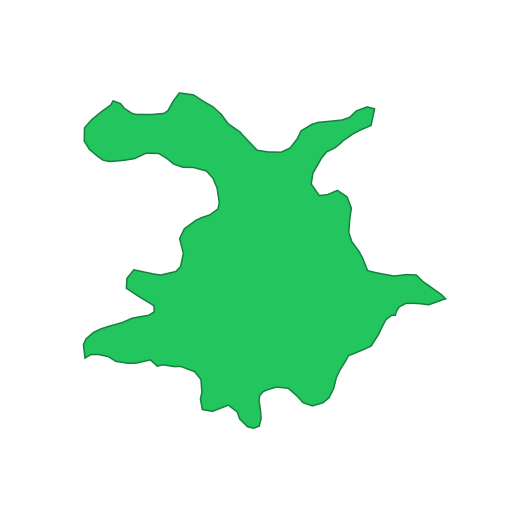 outline of Agdam District, Ağdam, Azerbaijan, rotated 192°
{"feature_id": "54616110B71765796178707", "entity_name": "Agdam District", "entity_type": "district", "adm_level": 2, "iso_a3": "AZE", "parent_name": "Azerbaijan", "parent_adm1": "Ağdam", "projection": "natural_earth1", "projection_center": [47.033, 40.029], "detail": "fine", "context": "isolated", "style": "filled", "palette": "green", "viewbox_px": 512, "rotation_deg": 192, "n_neighbors": 0, "source": "geoboundaries", "source_scale": "gbopen_adm2", "svg_char_len": 2240}
<svg xmlns="http://www.w3.org/2000/svg" viewBox="0 0 512 512"><g transform="rotate(192 256 256)"><path d="M330.0,127.7L323.9,130.3L313.2,130.8L306.6,132.3L292.0,130.1L284.2,123.8L280.6,111.5L280.6,104.5L276.6,94.7L266.2,95.0L259.4,99.5L252.1,104.3L242.0,99.7L238.1,93.2L228.7,87.2L222.7,87.0L217.5,90.2L217.2,98.0L219.3,105.3L223.2,116.0L223.2,120.5L220.8,124.8L217.4,127.3L208.6,132.1L196.9,133.3L186.9,127.7L179.4,122.3L169.7,121.1L160.0,126.3L155.1,132.5L152.5,142.5L152.1,154.2L150.1,162.2L146.9,170.9L144.8,177.8L140.3,180.7L131.2,187.0L124.7,191.8L120.0,204.3L117.9,212.8L115.7,220.7L111.0,226.2L107.4,227.0L107.3,230.7L105.3,236.0L99.6,240.8L92.3,242.4L86.3,243.4L76.9,244.2L64.2,252.1L61.6,253.5L66.3,256.6L79.6,262.4L87.2,265.6L95.3,270.7L104.6,269.2L116.9,265.1L134.7,264.6L143.8,264.9L151.1,275.9L156.3,282.0L165.2,289.8L170.1,298.3L172.0,311.7L172.0,312.5L172.7,322.7L179.3,332.8L190.0,337.1L198.9,330.8L206.7,328.3L216.9,337.8L217.6,348.7L212.2,365.5L208.5,372.6L201.4,378.1L196.7,383.9L194.9,386.7L193.6,388.1L186.3,395.8L179.2,401.6L170.6,407.6L170.6,415.2L170.6,424.5L171.5,424.6L178.2,425.0L188.1,418.7L193.1,411.2L200.1,406.9L213.5,402.6L223.1,399.6L228.9,396.3L238.0,387.7L239.8,379.7L245.1,368.8L252.9,362.8L265.7,360.3L276.9,359.7L293.9,371.3L297.3,373.9L310.9,379.7L319.2,387.2L329.2,393.0L340.1,396.5L350.6,400.6L364.9,399.6L369.4,389.7L372.3,379.9L375.6,376.4L387.1,372.8L402.5,369.6L406.5,369.6L415.1,372.8L420.3,376.9L428.0,378.1L429.5,373.5L437.7,364.4L444.7,355.7L446.9,351.9L450.4,345.7L447.9,332.7L441.2,325.7L431.9,320.7L425.7,318.0L418.5,318.0L404.3,322.4L395.1,326.0L384.9,333.7L372.4,336.1L363.0,332.7L355.7,328.8L346.0,327.6L335.3,329.6L322.1,328.8L314.2,323.1L308.2,314.4L303.0,300.5L303.0,294.1L309.7,286.6L317.1,282.3L322.1,278.5L331.8,267.7L334.3,257.1L327.6,243.5L327.6,237.2L327.6,229.8L331.3,224.1L345.2,217.6L352.2,217.1L372.6,217.1L377.6,207.3L376.1,197.5L362.2,192.0L345.5,186.2L344.0,180.2L348.7,175.7L364.1,169.5L372.8,163.2L385.0,156.8L392.2,152.7L398.9,147.7L404.9,139.8L406.4,133.4L402.2,121.2L402.0,120.6L401.9,120.7L397.2,125.2L389.5,126.9L379.5,126.9L371.1,123.8L358.6,124.5L351.2,126.2L337.7,132.4L330.3,128.1L330.0,127.7Z" fill="#22c55e" stroke="#15803d" stroke-width="1.5"/></g></svg>